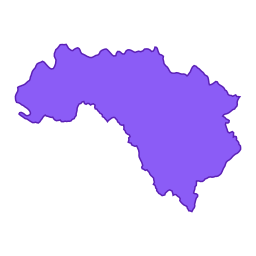 Medeiros, Minas Gerais, Brazil (Natural Earth projection)
{"feature_id": "56859067B84932936510356", "entity_name": "Medeiros", "entity_type": "district", "adm_level": 2, "iso_a3": "BRA", "parent_name": "Brazil", "parent_adm1": "Minas Gerais", "projection": "natural_earth1", "projection_center": [-46.359, -20.022], "detail": "fine", "context": "isolated", "style": "filled", "palette": "violet", "viewbox_px": 256, "rotation_deg": 0, "n_neighbors": 0, "source": "geoboundaries", "source_scale": "gbopen_adm2", "svg_char_len": 5159}
<svg xmlns="http://www.w3.org/2000/svg" viewBox="0 0 256 256"><path d="M239.8,96.8L238.0,96.6L236.7,96.5L235.7,94.9L234.3,95.5L232.7,96.3L231.2,95.4L229.6,95.4L228.1,94.4L227.4,92.5L226.4,90.8L225.0,90.0L224.1,88.2L222.7,86.8L221.0,85.7L219.5,84.8L218.3,83.8L217.3,81.9L215.8,81.5L214.2,82.7L212.7,83.8L210.8,84.7L209.4,84.7L208.9,83.0L208.7,81.2L208.4,79.3L208.0,77.6L207.3,76.3L205.9,75.5L204.5,74.6L203.8,73.3L202.8,72.2L201.7,71.4L200.3,70.0L199.0,68.7L197.6,67.9L196.1,66.3L194.1,65.6L192.5,67.0L191.4,69.1L190.3,71.8L188.9,73.7L188.0,75.0L187.0,75.9L185.5,74.5L183.8,74.0L181.7,74.1L179.9,73.6L178.4,73.0L176.5,72.7L174.6,73.2L172.8,73.2L171.5,72.9L170.3,72.1L169.3,70.5L168.3,68.6L167.3,67.1L165.6,65.7L164.0,63.6L163.6,61.2L163.0,58.8L163.4,56.3L161.6,55.0L159.5,54.3L158.5,52.4L157.8,50.3L157.2,48.3L156.3,47.3L155.0,47.1L154.3,49.5L153.2,51.1L151.6,51.5L150.0,49.9L148.1,49.0L146.4,48.9L144.5,49.1L143.0,50.8L140.8,51.7L138.5,51.2L136.6,51.8L135.0,52.4L133.0,51.4L131.2,50.4L129.7,49.9L128.0,49.8L126.3,50.7L125.3,52.4L124.4,53.9L122.9,54.0L121.7,53.4L120.6,52.3L119.4,51.5L117.6,51.5L116.4,53.3L115.8,55.7L113.7,56.0L112.2,55.0L110.6,53.2L108.9,51.3L107.3,49.7L106.1,49.0L104.3,49.3L102.1,50.2L100.3,51.5L99.3,53.7L97.9,55.0L95.7,55.5L94.0,56.5L91.9,57.5L89.8,57.5L88.5,56.9L87.1,56.4L85.3,55.3L83.3,54.3L81.6,53.5L80.6,51.9L80.1,50.3L79.2,48.7L77.8,47.8L76.4,48.2L75.1,48.8L74.0,49.5L72.8,50.6L71.3,50.4L69.9,49.4L68.5,48.3L67.5,46.5L66.2,44.4L64.1,44.7L62.2,44.5L60.2,44.7L58.8,46.6L57.9,47.8L56.9,48.8L55.8,49.7L55.2,51.5L54.4,53.5L54.3,56.2L55.2,58.2L56.0,60.0L55.6,63.6L54.7,66.2L53.4,68.5L51.4,69.0L49.7,68.1L48.0,66.5L47.0,65.4L46.1,64.4L45.2,63.3L44.2,62.2L42.5,61.3L40.9,62.2L38.9,62.9L37.2,63.8L36.1,65.6L35.3,67.7L33.7,69.5L32.4,71.4L31.7,73.4L31.2,75.3L30.4,77.0L30.2,78.6L29.5,80.4L27.8,81.5L26.1,83.1L24.7,84.3L23.3,85.0L21.9,85.5L20.5,86.1L19.2,86.5L17.7,87.4L18.0,89.4L17.7,91.3L16.8,92.9L16.0,94.5L15.4,96.4L15.5,98.6L15.7,100.3L16.6,102.3L18.7,102.8L20.4,103.7L21.6,104.8L23.3,105.5L24.6,106.6L26.9,108.1L28.6,109.6L29.9,111.3L30.5,113.1L29.9,114.7L28.0,115.6L26.6,115.7L25.4,115.1L24.2,114.0L22.8,113.1L21.1,112.4L19.7,112.7L19.0,114.0L20.2,115.1L21.3,115.9L22.4,116.6L23.8,117.6L25.2,118.6L26.9,119.0L28.2,119.8L29.6,120.8L31.1,121.7L32.6,122.6L34.1,122.6L35.5,122.2L36.9,122.7L38.3,123.0L39.9,121.7L41.0,120.0L42.0,118.8L42.8,117.4L43.9,116.1L45.2,115.1L46.3,116.0L47.9,116.3L50.0,117.1L51.6,117.4L52.8,117.2L53.6,118.7L54.9,120.0L56.4,120.7L58.4,120.4L60.3,120.0L61.4,121.6L63.2,121.7L65.1,121.2L66.8,121.5L68.1,121.2L69.5,121.3L71.0,120.9L72.2,119.4L74.2,118.6L74.8,117.2L76.1,115.6L76.2,113.5L76.6,112.1L77.0,110.4L77.1,108.5L77.5,107.1L78.3,105.4L79.2,103.9L80.8,103.5L82.2,101.9L83.8,101.5L84.5,103.5L86.1,104.3L87.2,103.5L89.0,103.5L90.5,105.0L92.0,104.2L93.4,103.8L95.1,105.2L94.7,107.2L95.3,108.9L96.8,109.1L97.8,110.7L98.9,111.6L99.7,113.0L101.0,113.7L102.2,114.7L102.4,116.6L104.3,117.6L105.2,118.9L106.5,120.2L107.5,121.7L108.5,120.4L110.4,119.0L111.7,118.0L113.2,117.4L114.7,117.5L115.8,118.8L117.0,120.0L117.8,122.0L119.0,122.8L120.1,124.5L121.8,125.2L123.6,125.0L124.0,127.7L123.8,129.4L125.1,130.7L125.8,132.7L127.6,134.2L129.4,135.0L130.1,136.7L128.7,137.8L128.9,139.9L128.2,142.2L129.7,142.8L131.3,143.3L131.6,144.8L133.0,145.5L135.0,146.3L136.7,145.9L137.5,147.7L138.6,150.2L139.1,152.8L139.0,155.5L139.2,157.0L139.9,158.6L140.8,160.5L141.7,162.2L142.2,163.7L142.7,165.4L141.7,167.2L142.2,168.7L143.6,169.2L145.3,170.4L146.9,169.8L148.1,171.2L149.2,172.4L149.8,174.0L150.9,175.5L152.4,176.8L153.6,178.1L153.8,180.0L154.4,182.2L153.4,184.4L154.7,185.0L155.5,186.4L155.7,188.0L156.7,189.0L156.7,190.7L157.9,192.1L158.8,193.4L160.0,194.0L161.1,194.8L162.1,195.6L163.4,195.3L164.8,194.9L165.3,193.2L166.6,191.9L167.9,190.7L169.7,189.9L172.0,191.0L172.9,193.8L173.1,195.3L174.5,194.6L176.0,194.6L177.6,196.2L179.3,197.3L180.2,198.7L179.8,200.6L180.9,202.1L182.3,203.6L184.0,205.0L185.5,205.7L186.9,206.5L187.3,208.1L188.1,209.3L188.8,210.8L190.2,210.9L191.9,211.6L193.2,209.1L194.3,207.7L194.8,206.0L194.6,204.2L195.0,202.8L195.5,200.6L196.3,198.1L197.6,196.6L197.7,195.0L196.5,193.9L195.0,193.7L193.6,193.0L194.0,191.4L194.7,189.5L195.1,186.6L196.3,185.4L196.4,183.6L196.5,181.1L198.5,180.9L200.4,181.5L202.6,181.4L204.3,180.1L205.1,178.9L206.8,178.4L208.7,177.2L210.6,176.9L211.9,177.2L213.7,177.0L215.2,176.4L216.5,176.4L218.1,176.0L219.8,174.8L221.1,173.5L222.2,171.3L222.8,169.8L223.6,168.1L224.9,166.0L225.5,164.0L226.2,162.3L227.5,160.9L229.4,159.8L231.0,158.4L232.8,156.3L234.4,154.9L235.6,154.0L237.0,153.4L238.5,152.2L239.9,150.5L240.6,149.3L240.6,147.6L240.4,145.9L239.0,144.4L238.6,142.4L237.7,141.2L236.4,139.9L236.6,138.2L236.2,136.7L234.8,136.3L233.4,137.0L233.5,134.8L233.6,132.7L232.3,131.6L231.0,132.2L229.3,132.9L227.7,131.7L227.1,129.4L226.4,127.6L226.0,126.2L225.4,124.8L225.8,122.9L228.0,123.0L229.0,122.2L229.2,120.6L227.9,119.7L226.2,119.0L224.8,117.4L222.7,116.1L223.7,114.8L225.1,114.1L226.8,113.7L228.6,112.9L230.5,111.5L232.8,109.6L234.6,109.0L235.5,107.6L236.9,106.1L237.3,104.4L237.1,102.7L237.5,100.6L238.6,98.4L239.8,96.8Z" fill="#8b5cf6" stroke="#5b21b6" stroke-width="1.5"/></svg>